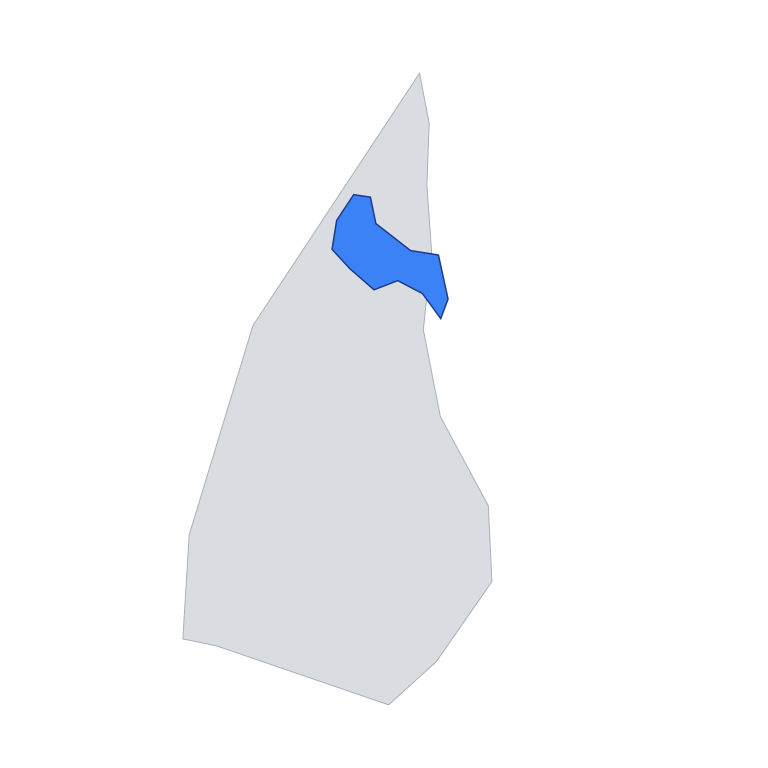 Eschen highlighted on a map of Liechtenstein, rotated 14°
{"feature_id": "LIE-4902", "entity_name": "Eschen", "entity_type": "state/province", "adm_level": 1, "iso_a3": "LIE", "parent_name": "Liechtenstein", "parent_adm1": "", "projection": "robinson", "projection_center": [9.535, 47.208], "detail": "fine", "context": "in_parent", "style": "filled", "palette": "blue", "viewbox_px": 768, "rotation_deg": 14, "n_neighbors": 0, "source": "natural_earth", "source_scale": "10m", "svg_char_len": 579}
<svg xmlns="http://www.w3.org/2000/svg" viewBox="0 0 768 768"><g transform="rotate(14 384 384)"><path d="M466.1,694.2L284.6,678.6L250.5,680.0L231.5,577.5L242.7,359.0L343.3,73.8L364.9,120.6L377.4,180.3L398.1,243.9L409.0,321.7L446.5,401.9L514.7,477.0L536.5,549.6L502.0,640.6L466.1,694.2Z" fill="#d9dde1" stroke="#a8b0b8" stroke-width="1"/><path d="M405.6,245.7L425.6,286.1L423.2,306.8L399.4,286.9L372.2,280.4L351.5,295.0L323.0,280.4L301.0,265.9L298.5,236.7L308.8,207.6L325.6,206.0L337.3,230.3L377.4,248.1L405.6,245.7Z" fill="#3b82f6" stroke="#1e3a8a" stroke-width="1.5"/></g></svg>